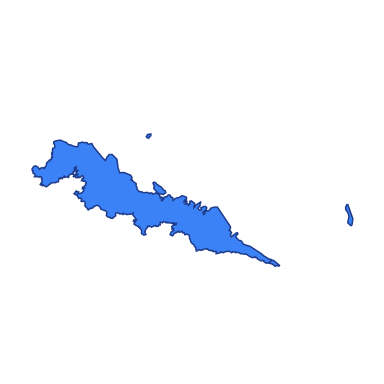 the district of Macuata, Northern, Fiji, rotated 52°
{"feature_id": "14151628B42533076410957", "entity_name": "Macuata", "entity_type": "district", "adm_level": 2, "iso_a3": "FJI", "parent_name": "Fiji", "parent_adm1": "Northern", "projection": "robinson", "projection_center": [179.331, -16.232], "detail": "fine", "context": "isolated", "style": "filled", "palette": "blue", "viewbox_px": 384, "rotation_deg": 52, "n_neighbors": 0, "source": "geoboundaries", "source_scale": "gbopen_adm2", "svg_char_len": 6081}
<svg xmlns="http://www.w3.org/2000/svg" viewBox="0 0 384 384"><g transform="rotate(52 192 192)"><path d="M95.0,306.0L94.7,305.0L98.2,303.7L98.4,296.8L100.7,293.7L100.9,292.2L101.7,291.0L99.6,288.8L100.3,287.9L99.6,287.5L100.1,287.1L100.0,286.4L101.6,286.1L101.1,283.8L102.3,283.2L102.2,282.6L101.6,282.5L102.6,282.0L103.5,280.8L104.5,280.5L104.0,279.5L103.3,279.5L103.0,278.5L103.4,276.7L103.1,276.2L104.9,274.8L103.3,273.7L103.8,273.5L103.2,272.5L103.5,271.2L102.9,271.4L100.5,269.7L100.8,267.8L103.1,269.9L104.9,268.7L105.1,270.8L105.7,271.9L107.9,271.2L108.0,272.7L106.1,273.7L106.8,276.0L107.3,275.8L107.2,274.1L108.9,274.7L110.1,273.7L109.8,272.6L110.2,271.9L111.2,272.2L111.6,271.2L111.4,269.0L111.9,268.1L114.5,268.6L114.6,269.3L113.9,270.0L114.0,270.8L114.9,270.9L115.1,271.9L115.8,270.9L116.5,271.2L118.1,269.4L120.3,270.2L120.2,271.1L121.0,271.6L121.2,273.5L121.7,273.7L121.3,274.4L121.9,274.4L121.0,275.0L121.0,275.6L121.7,275.6L122.0,276.3L122.6,275.3L124.4,276.7L124.8,279.0L124.3,281.0L123.4,281.9L123.1,283.0L122.0,281.3L121.1,282.4L120.1,282.4L120.0,283.6L120.8,284.6L120.6,285.9L122.4,285.6L123.8,284.3L124.8,284.9L127.4,285.1L128.2,283.4L129.2,283.2L130.0,284.2L130.4,284.0L130.9,285.0L131.7,284.7L132.7,282.9L133.6,282.5L135.3,283.1L136.5,284.7L137.7,285.0L139.8,284.6L142.0,284.9L142.4,284.6L142.1,283.0L142.7,281.8L142.5,281.3L143.3,280.9L143.4,279.6L142.9,278.6L143.4,277.9L143.5,276.1L144.9,274.2L147.3,273.8L149.3,274.4L154.5,271.3L155.8,271.7L157.6,273.9L159.5,273.9L161.0,272.5L161.9,272.6L163.7,271.1L164.0,270.4L163.4,269.7L163.9,267.7L163.7,266.6L162.3,265.9L161.6,264.8L163.8,262.5L164.7,262.6L165.6,261.1L167.2,260.3L167.2,259.5L166.7,259.1L169.7,257.2L172.3,252.9L172.3,251.4L173.7,252.7L179.8,252.7L179.9,253.9L179.1,253.7L178.2,254.9L178.3,255.5L178.9,256.2L180.8,255.2L181.0,256.9L182.0,257.5L186.4,255.4L186.9,255.7L187.4,254.9L188.7,255.5L190.7,255.1L193.8,257.4L196.4,256.4L197.1,254.5L194.2,253.7L194.3,253.3L192.8,251.1L192.5,248.7L191.7,248.1L193.1,246.3L194.7,245.6L195.7,241.6L197.0,241.5L198.2,239.7L197.7,238.5L198.4,237.2L196.5,236.2L196.3,235.5L198.1,234.3L197.8,232.5L200.3,231.3L200.8,230.7L200.2,230.6L201.5,229.1L202.3,229.2L203.1,227.9L204.0,227.5L204.3,226.6L205.2,226.6L205.4,226.1L205.0,225.5L206.5,224.7L207.1,223.5L207.9,224.4L207.5,224.9L207.5,225.8L206.6,226.3L206.7,229.1L207.0,229.5L209.1,229.3L208.5,231.3L209.4,229.8L210.9,229.8L210.6,232.8L212.1,235.5L214.4,234.5L214.5,233.5L213.7,231.5L214.3,229.6L213.9,229.1L214.6,228.2L214.7,226.7L215.4,227.0L216.4,226.1L216.8,224.1L218.4,224.5L219.1,223.3L221.3,223.9L222.0,222.1L224.4,220.7L227.3,222.7L228.7,222.6L230.2,223.6L233.1,223.6L234.5,222.9L236.6,223.5L237.5,223.2L238.6,223.4L239.2,224.1L240.1,224.1L241.1,225.0L241.6,224.0L241.8,221.7L243.0,221.4L243.0,220.7L244.1,219.9L244.4,217.8L245.3,216.1L246.2,215.7L246.3,214.8L248.1,214.7L249.5,213.6L249.8,212.7L250.5,212.6L250.6,211.9L251.6,212.1L252.3,211.7L253.7,209.6L255.5,211.0L257.1,207.5L257.0,205.9L258.0,205.7L259.2,204.5L259.3,203.0L261.6,199.1L264.3,198.1L264.2,196.5L265.3,195.8L265.7,194.8L266.6,195.0L267.7,193.0L270.5,191.7L274.7,187.3L277.6,186.5L280.5,185.1L281.7,183.8L281.8,182.2L282.7,182.3L283.5,181.3L285.0,181.7L288.5,180.2L289.1,179.6L289.2,178.7L290.4,177.8L291.0,178.3L293.5,177.5L295.0,175.6L295.0,170.9L293.8,171.2L292.5,172.5L286.6,174.7L283.4,175.3L270.6,179.7L264.8,183.7L261.9,183.3L260.4,183.5L259.0,184.8L254.2,185.2L253.7,184.3L253.4,181.9L252.2,181.3L251.5,182.4L251.5,188.5L249.2,188.1L248.7,186.1L248.4,185.9L246.0,185.7L245.1,186.4L244.1,183.8L242.7,183.0L219.6,181.3L217.6,183.8L216.3,187.2L217.0,189.2L217.0,190.5L215.6,192.5L215.8,193.8L217.1,196.0L217.0,196.5L214.9,196.2L214.6,191.8L213.6,190.1L211.9,190.1L210.6,191.7L209.9,194.8L211.7,195.5L211.7,196.4L210.8,197.3L208.4,197.2L207.7,193.9L206.7,193.6L205.8,191.7L205.2,191.4L204.8,195.6L205.4,200.1L204.0,198.8L204.0,197.8L202.6,196.9L198.6,198.0L198.0,199.6L200.2,201.1L200.3,202.9L198.8,202.4L197.4,204.7L196.6,201.9L194.9,201.8L195.1,204.5L194.3,204.1L193.9,202.7L194.3,200.9L193.2,199.8L192.2,199.8L188.9,202.0L188.4,205.5L187.2,207.9L186.8,210.0L187.0,212.2L184.8,210.7L183.8,211.0L183.0,212.0L181.5,211.2L180.0,211.9L179.7,213.5L180.3,214.7L178.9,217.0L180.4,219.5L180.4,221.1L179.4,221.1L179.2,219.3L178.2,218.8L177.2,219.1L177.1,220.6L175.1,219.7L172.9,219.7L170.3,221.4L169.8,224.0L168.3,224.1L167.1,225.2L167.4,226.3L164.9,227.3L162.8,230.6L161.2,231.3L159.3,233.3L155.8,233.6L154.5,232.5L152.9,232.4L150.9,230.8L147.6,231.9L146.1,231.7L145.4,232.7L144.5,232.3L144.8,231.7L143.8,230.4L141.2,230.0L135.1,233.3L132.2,237.1L127.2,235.3L120.0,231.0L113.2,231.9L111.5,234.3L112.3,237.7L113.9,240.8L110.2,241.4L95.8,241.8L92.2,241.1L90.4,244.4L88.6,244.3L86.3,247.0L84.9,248.0L84.8,249.0L83.5,251.3L85.9,253.8L84.9,255.5L83.6,256.7L80.3,258.5L78.8,260.1L75.8,260.5L70.0,263.9L67.9,267.7L67.4,270.1L68.5,271.0L70.8,271.5L72.1,272.3L72.3,274.0L71.8,274.9L74.5,277.4L74.7,278.1L75.1,277.7L75.9,278.2L75.7,279.3L77.7,280.4L78.4,280.1L78.7,280.7L78.3,280.9L78.4,281.5L78.7,282.1L79.4,282.1L79.7,283.2L79.1,284.6L79.8,285.0L79.3,285.7L79.6,288.6L81.6,290.7L81.6,291.7L82.6,293.8L82.4,294.2L81.7,293.8L80.7,295.0L80.1,296.5L80.2,298.1L77.8,298.1L75.3,299.0L74.4,300.9L75.3,303.7L76.5,304.6L77.3,304.2L78.4,305.2L79.3,305.1L79.5,305.6L81.4,304.9L82.4,305.4L82.9,306.7L84.2,305.3L84.2,304.4L86.1,303.6L86.0,302.7L87.2,301.4L88.8,302.4L89.1,302.0L89.5,302.8L91.1,303.1L91.6,304.7L92.9,305.2L92.3,305.7L92.6,307.0L93.1,307.0L93.2,306.3L95.0,306.0ZM176.4,213.1L174.6,212.3L173.3,213.1L169.1,213.2L164.7,214.8L161.6,215.2L160.8,216.0L160.9,217.2L163.9,218.1L165.8,220.0L172.4,219.5L176.3,216.1L176.4,213.1ZM312.0,81.7L297.9,77.0L297.3,77.7L298.6,80.3L300.5,81.7L305.0,82.0L308.0,83.4L312.1,88.2L316.3,87.6L316.6,86.7L315.5,85.1L312.0,81.7ZM303.7,168.2L296.3,169.8L295.0,170.9L295.0,175.6L297.7,173.4L301.0,172.2L301.6,172.4L302.1,170.6L304.0,169.0L303.7,168.2ZM121.7,194.0L122.9,192.9L122.9,192.4L122.5,191.9L122.3,189.9L121.1,188.7L119.4,191.3L120.2,193.9L121.7,194.0Z" fill="#3b82f6" stroke="#1e3a8a" stroke-width="1.5"/></g></svg>